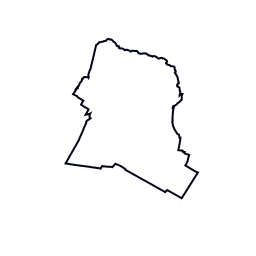 outline of Merei, Buzau, Romania, rotated 58°
{"feature_id": "2599482B56691753732557", "entity_name": "Merei", "entity_type": "district", "adm_level": 2, "iso_a3": "ROU", "parent_name": "Romania", "parent_adm1": "Buzau", "projection": "orthographic", "projection_center": [26.654, 45.125], "detail": "fine", "context": "isolated", "style": "outline", "palette": "ink", "viewbox_px": 256, "rotation_deg": 58, "n_neighbors": 0, "source": "geoboundaries", "source_scale": "gbopen_adm2", "svg_char_len": 5217}
<svg xmlns="http://www.w3.org/2000/svg" viewBox="0 0 256 256"><g transform="rotate(58 128 128)"><path d="M202.1,130.4L202.0,130.2L201.9,130.0L201.7,129.4L201.6,128.9L201.7,128.4L201.8,128.0L201.7,127.9L201.5,127.6L216.0,119.7L209.8,106.8L206.8,100.7L204.8,96.4L202.8,92.3L200.3,94.1L199.9,94.3L194.1,97.2L190.2,99.2L188.0,95.4L185.5,92.9L183.2,90.4L179.5,93.5L178.5,92.6L177.1,94.2L176.1,93.7L173.5,97.1L172.3,96.0L170.7,94.4L168.4,92.4L166.2,90.4L164.1,88.7L163.8,89.5L160.5,88.3L159.8,88.9L159.5,89.1L158.9,89.2L158.4,89.3L153.5,89.2L153.1,89.2L151.9,88.9L150.4,88.7L149.5,88.5L148.0,87.9L147.6,87.6L146.7,87.5L146.5,87.4L146.4,87.1L145.9,87.0L145.5,86.6L145.5,86.3L145.2,86.1L144.4,85.7L144.0,85.7L143.9,85.6L144.0,85.5L142.1,84.2L140.1,82.8L139.2,82.1L137.6,80.9L137.3,80.7L136.4,79.9L135.7,79.4L135.6,79.5L135.3,79.6L135.0,79.6L135.1,78.6L135.1,78.4L134.9,78.2L134.1,79.0L133.9,78.9L133.9,78.7L133.9,78.1L133.6,78.0L133.4,77.8L133.6,77.2L133.9,76.0L133.8,74.3L133.7,74.0L133.5,73.5L133.2,72.6L133.2,72.1L133.2,71.0L133.0,70.0L132.7,68.9L132.5,68.3L132.7,68.1L132.5,67.6L132.0,67.1L131.1,66.6L130.5,66.2L129.4,65.6L128.3,64.4L128.1,64.2L128.0,63.9L127.7,64.2L127.5,64.5L126.9,64.9L127.6,66.9L127.3,66.7L126.9,66.4L126.3,65.4L125.7,64.8L125.1,64.7L124.8,64.5L124.6,64.4L124.3,64.4L124.1,64.5L123.1,63.9L122.1,63.5L121.0,63.0L119.8,63.4L119.5,63.9L118.8,64.2L118.6,64.2L118.4,64.1L118.2,63.7L117.9,63.7L117.4,63.5L117.2,62.8L116.9,62.2L116.7,62.0L116.9,61.6L117.0,61.3L116.0,60.7L115.7,60.6L115.4,60.6L114.9,60.5L113.7,60.1L111.8,59.3L111.0,59.0L110.4,59.0L110.1,59.1L109.6,59.0L109.2,59.1L108.7,59.0L108.4,58.8L107.8,58.8L107.4,59.0L107.2,59.1L106.9,59.0L106.7,59.0L106.2,59.0L106.3,58.6L106.0,58.2L105.6,57.9L105.4,57.7L105.2,57.5L105.0,57.4L104.6,57.2L104.4,57.2L104.2,57.4L104.1,57.6L103.8,57.5L103.5,57.5L103.3,57.4L102.3,57.0L101.4,56.3L101.0,56.3L100.6,56.3L100.3,56.4L99.2,57.7L98.8,58.0L98.6,58.2L98.4,58.8L98.1,59.1L97.4,59.2L97.0,59.4L96.3,59.8L95.7,60.5L94.8,61.2L94.5,61.0L94.3,61.1L93.6,61.4L93.3,61.5L93.1,61.4L92.9,60.9L92.8,60.4L92.5,59.9L92.1,59.6L91.5,59.5L90.9,59.5L90.5,59.6L89.5,60.2L88.9,60.4L88.3,60.5L87.9,60.9L87.8,61.1L87.6,61.5L87.3,61.8L86.5,62.1L86.3,62.2L86.2,62.4L86.1,62.9L85.8,63.5L85.7,63.8L85.7,64.6L85.0,65.6L84.8,65.7L84.1,65.8L83.7,65.9L83.4,66.0L81.9,66.9L81.3,67.1L81.0,67.5L80.9,68.1L80.4,68.5L80.2,68.8L80.4,69.3L80.4,69.5L79.6,69.9L79.4,70.0L79.0,70.5L78.5,70.8L78.2,70.9L78.0,71.0L77.9,71.5L77.5,71.8L77.4,72.1L77.2,72.3L76.9,72.2L76.7,72.2L75.5,72.6L74.8,73.1L74.5,73.2L74.3,73.3L74.1,73.9L73.4,74.4L73.2,74.6L72.8,75.5L72.7,76.0L72.6,76.5L72.4,77.0L71.6,77.9L71.4,78.4L70.7,79.0L70.4,79.3L69.3,79.4L69.0,79.4L68.6,79.3L68.0,79.4L67.8,79.4L67.6,79.6L67.3,79.8L67.2,80.1L67.1,80.5L66.5,81.1L65.9,81.9L65.2,82.8L64.9,83.1L64.7,83.3L64.6,83.7L64.6,84.1L64.7,84.7L64.7,85.2L64.4,85.3L63.8,85.4L61.4,87.1L61.3,87.4L61.1,87.7L60.5,88.2L60.4,88.4L60.3,88.9L60.4,89.3L60.3,89.5L60.1,89.7L59.8,89.7L59.2,89.8L58.7,90.0L58.2,90.4L57.7,90.7L57.1,91.1L56.6,92.1L56.3,92.5L55.7,93.0L55.0,93.2L54.9,93.2L54.7,92.7L54.2,92.3L53.8,92.4L53.7,92.7L53.0,93.4L52.7,93.9L52.5,94.0L52.1,93.9L50.9,93.7L50.4,93.7L49.5,93.8L49.0,93.7L48.4,93.9L47.9,94.0L47.7,94.1L47.1,94.6L46.8,94.7L46.1,94.7L45.8,94.8L45.5,94.8L45.0,94.9L44.1,95.3L43.9,95.7L43.5,96.0L43.2,96.7L42.3,97.1L42.1,97.4L41.7,98.6L42.4,100.8L41.6,102.3L41.4,103.4L41.4,103.6L41.1,104.3L41.0,104.6L41.0,104.9L40.3,106.4L40.0,107.2L40.0,107.5L40.3,107.9L40.5,108.2L40.7,109.5L40.9,110.5L40.8,111.1L49.1,119.4L56.0,126.5L58.2,128.7L58.8,129.8L60.6,132.0L61.6,133.3L62.5,133.8L63.1,133.9L63.8,134.2L64.4,134.9L63.8,134.9L63.6,135.1L63.5,135.3L63.3,135.7L61.6,138.0L61.5,138.3L61.8,138.7L61.7,139.1L62.1,139.8L62.6,140.8L62.1,141.0L62.7,141.7L63.4,142.2L63.7,142.9L64.0,143.3L64.1,144.5L64.5,145.0L64.8,145.5L65.2,146.0L65.7,146.7L65.8,146.9L65.9,147.0L66.1,147.4L66.1,147.8L66.2,148.3L66.2,148.6L66.5,149.2L66.9,150.4L67.3,149.2L67.6,149.5L67.4,150.2L68.9,153.7L68.9,153.9L69.2,154.1L69.6,155.3L70.2,156.7L71.3,156.0L73.6,154.6L73.9,154.4L74.8,154.3L76.4,153.8L81.2,151.4L82.2,153.5L83.0,154.9L83.3,155.4L85.8,154.3L86.7,153.8L87.2,153.6L87.8,153.3L88.0,153.2L89.1,152.5L91.2,151.6L91.4,151.6L92.6,153.8L94.3,156.9L95.4,153.8L95.8,152.6L95.8,152.4L96.9,153.9L97.2,154.2L98.1,154.6L98.6,154.9L99.1,155.0L99.4,155.0L99.5,154.9L99.9,154.7L99.9,155.2L100.1,156.5L100.1,156.8L100.0,157.1L100.0,157.3L100.1,157.8L100.0,158.1L100.0,158.4L100.1,158.7L100.4,160.1L100.5,160.3L101.2,160.5L101.5,160.6L101.7,160.9L102.1,161.6L104.9,165.8L105.3,166.2L106.7,168.2L107.7,169.6L109.3,171.9L109.8,172.7L110.0,173.0L111.2,174.8L111.6,175.2L112.3,176.2L113.8,179.0L114.0,179.4L114.8,180.8L116.9,184.8L117.4,185.6L119.9,190.4L121.6,193.5L121.9,193.9L123.6,197.1L125.0,199.7L131.1,192.7L141.4,180.2L141.6,180.1L146.8,173.8L147.6,173.0L147.9,172.9L148.0,172.8L147.9,172.6L147.5,172.0L146.6,170.1L147.2,169.5L147.8,168.8L148.3,168.0L149.8,166.1L150.6,165.0L150.7,164.7L151.4,163.8L151.8,163.3L152.2,162.7L152.4,162.3L152.6,162.0L152.9,161.9L151.6,157.6L152.5,157.1L153.4,156.4L154.0,155.9L155.6,154.9L157.2,154.0L161.1,152.1L161.4,152.5L161.5,152.5L161.8,152.5L180.5,142.3L180.5,142.2L202.1,130.4Z" fill="none" stroke="#020617" stroke-width="2"/></g></svg>